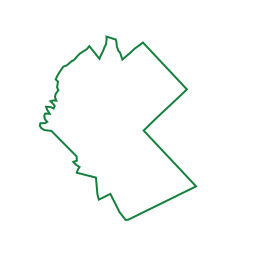 the district of Ramilândia, Paraná, Brazil, rotated 228°
{"feature_id": "56859067B17129043800586", "entity_name": "Ramilândia", "entity_type": "district", "adm_level": 2, "iso_a3": "BRA", "parent_name": "Brazil", "parent_adm1": "Paraná", "projection": "albers", "projection_center": [-54.036, -25.1], "detail": "fine", "context": "isolated", "style": "outline", "palette": "green", "viewbox_px": 256, "rotation_deg": 228, "n_neighbors": 0, "source": "geoboundaries", "source_scale": "gbopen_adm2", "svg_char_len": 1088}
<svg xmlns="http://www.w3.org/2000/svg" viewBox="0 0 256 256"><g transform="rotate(228 128 128)"><path d="M61.2,64.7L59.6,67.2L55.1,83.1L45.1,118.3L43.7,123.3L39.1,139.5L56.6,139.2L115.6,137.9L116.4,156.4L117.0,188.2L117.3,197.6L181.5,196.3L182.5,186.1L182.4,180.9L182.6,169.6L186.1,171.1L189.2,172.5L191.7,172.5L196.0,174.2L199.5,176.9L201.9,178.1L210.3,173.2L208.4,171.6L206.6,169.6L204.9,167.7L203.7,164.4L202.1,161.4L199.9,155.9L198.5,153.1L214.7,154.0L214.1,150.3L214.9,145.8L215.5,142.0L215.2,137.5L214.7,133.7L215.4,130.5L215.4,127.2L215.6,124.0L216.9,121.1L216.2,117.9L215.0,113.5L214.1,110.5L212.5,106.8L209.3,107.0L205.7,102.5L202.7,101.5L201.7,97.0L199.8,94.4L196.3,93.0L198.3,91.2L199.8,88.3L195.8,88.5L193.4,88.3L192.3,85.7L195.6,84.4L198.6,81.3L195.5,80.1L190.9,79.3L194.1,76.2L193.1,73.9L190.1,72.1L186.6,72.1L187.2,69.4L190.2,66.1L188.7,64.0L186.0,63.5L182.4,64.5L177.1,69.1L141.2,70.8L138.0,68.1L139.4,64.7L135.1,64.8L131.5,65.9L130.5,62.5L129.0,60.0L112.6,71.0L99.2,60.9L94.3,58.4L90.8,70.8L71.1,65.4L61.2,64.7Z" fill="none" stroke="#15803d" stroke-width="2"/></g></svg>